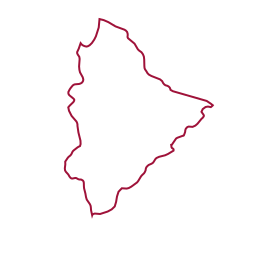 Bihor, orthographic projection, rotated 199°
{"feature_id": "ROU-277", "entity_name": "Bihor", "entity_type": "County", "adm_level": 1, "iso_a3": "ROU", "parent_name": "Romania", "parent_adm1": "", "projection": "orthographic", "projection_center": [22.195, 46.981], "detail": "fine", "context": "isolated", "style": "outline", "palette": "rose", "viewbox_px": 256, "rotation_deg": 199, "n_neighbors": 0, "source": "natural_earth", "source_scale": "10m", "svg_char_len": 2510}
<svg xmlns="http://www.w3.org/2000/svg" viewBox="0 0 256 256"><g transform="rotate(199 128 128)"><path d="M55.2,177.1L55.4,176.5L56.5,174.7L59.4,174.3L61.5,173.1L63.5,170.2L63.8,167.2L61.0,165.2L60.7,164.9L60.4,164.6L60.2,164.1L60.3,163.2L60.6,162.3L60.9,161.5L61.4,160.8L63.7,154.6L65.1,152.2L67.3,150.1L71.1,149.1L72.2,148.2L73.1,146.2L73.1,144.6L72.7,142.9L72.7,141.1L72.8,139.2L73.0,138.8L73.4,138.7L78.2,134.8L79.1,133.7L81.2,126.1L81.6,126.0L81.5,125.8L80.6,124.0L79.9,123.4L78.9,123.2L78.0,122.7L77.7,121.9L77.6,121.4L81.7,116.5L84.0,114.3L89.2,110.9L91.3,108.9L92.0,107.5L92.6,104.8L93.0,103.4L94.0,102.0L96.4,99.8L97.2,98.5L97.9,96.7L97.9,95.2L97.6,93.9L97.7,92.1L98.1,90.4L99.3,88.1L99.9,86.7L101.1,81.2L101.7,79.5L105.8,73.6L107.7,71.5L109.5,70.3L114.2,69.0L116.2,64.7L116.1,59.6L115.2,54.3L115.0,49.5L116.9,45.8L120.0,42.4L126.4,37.6L131.5,36.3L132.1,35.9L132.9,35.3L133.5,34.1L133.5,33.9L134.0,34.7L136.1,38.1L137.4,41.1L138.2,42.5L139.4,43.7L143.7,46.9L145.2,49.0L146.9,52.1L149.9,56.7L150.7,58.5L151.9,61.7L152.6,62.9L153.5,63.6L155.2,64.0L156.3,63.8L157.1,63.5L158.1,63.4L159.0,63.5L160.5,63.8L161.6,63.6L164.1,62.1L165.1,61.9L166.2,62.2L167.6,63.1L169.3,64.6L172.4,66.3L173.7,67.4L174.6,69.3L175.4,73.1L176.4,75.8L175.3,80.0L174.8,81.3L173.6,83.2L173.1,84.5L172.9,85.8L172.8,87.1L172.5,88.3L171.9,89.4L169.3,93.4L168.4,94.4L167.5,95.3L167.6,97.4L168.8,100.5L173.4,107.6L176.5,113.6L176.9,114.8L177.6,116.0L178.8,117.3L185.3,121.1L189.4,125.1L191.2,128.1L190.4,130.2L188.1,134.7L187.8,136.2L188.0,137.2L188.8,137.9L194.2,139.9L195.5,141.0L196.1,142.6L195.7,145.5L195.2,147.3L194.6,148.9L194.1,150.2L193.4,151.2L192.4,152.0L188.6,153.7L187.4,154.6L186.5,155.6L186.0,156.8L185.8,158.0L186.1,159.4L187.3,161.2L191.5,165.0L192.9,167.2L194.3,170.3L196.2,177.5L197.2,179.4L198.2,180.2L199.3,181.0L200.3,182.0L200.8,183.2L200.4,187.0L200.4,192.8L198.8,191.8L197.8,191.5L196.4,191.3L195.1,191.3L193.7,191.5L192.5,192.3L191.2,193.8L189.8,196.6L188.7,200.6L188.2,204.2L188.4,213.5L190.4,221.7L186.0,222.1L181.0,221.7L172.9,220.0L163.3,219.8L161.7,219.4L160.1,218.5L158.9,216.8L158.4,215.3L158.1,213.9L157.2,212.9L149.3,209.9L144.3,205.6L142.6,204.8L139.9,204.0L137.8,202.5L136.2,200.6L135.0,198.1L132.7,191.9L131.9,190.1L131.1,189.1L128.7,187.3L127.6,186.3L125.7,185.3L122.8,184.8L113.5,184.4L110.9,183.4L109.5,182.0L107.9,181.0L106.5,180.6L104.5,180.7L103.2,180.5L101.7,179.8L100.9,178.9L100.2,177.9L97.5,177.4L62.4,179.2L57.5,177.9L55.2,177.1Z" fill="none" stroke="#9f1239" stroke-width="2"/></g></svg>